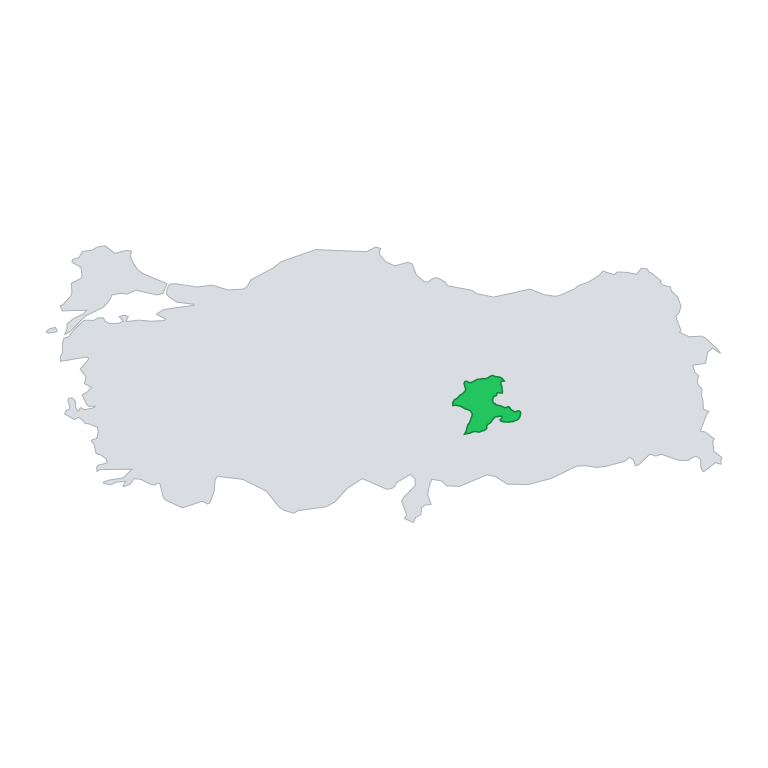 where Malatya sits in Turkey
{"feature_id": "TUR-2284", "entity_name": "Malatya", "entity_type": "Province", "adm_level": 1, "iso_a3": "TUR", "parent_name": "Turkey", "parent_adm1": "", "projection": "natural_earth1", "projection_center": [38.295, 38.485], "detail": "fine", "context": "in_parent", "style": "filled", "palette": "green", "viewbox_px": 768, "rotation_deg": 0, "n_neighbors": 0, "source": "natural_earth", "source_scale": "10m", "svg_char_len": 5503}
<svg xmlns="http://www.w3.org/2000/svg" viewBox="0 0 768 768"><path d="M602.9,271.0L613.9,274.7L617.4,272.0L627.4,272.4L636.4,274.4L641.2,268.3L647.5,269.0L648.8,272.1L651.8,273.2L661.2,281.1L660.1,282.1L662.4,285.0L670.5,286.9L671.3,290.9L677.6,296.9L681.0,306.1L679.2,312.5L675.8,316.6L681.0,330.5L679.5,332.3L689.3,336.8L701.5,336.1L705.4,338.0L717.4,349.0L720.5,353.3L712.2,348.1L707.7,352.5L705.6,363.3L692.7,365.3L694.8,372.4L698.4,375.6L697.3,382.2L698.3,384.9L702.0,389.2L701.6,395.2L703.1,401.5L703.3,409.1L708.7,411.4L706.4,415.0L700.6,430.3L701.1,431.5L705.1,431.9L714.3,439.0L712.7,441.3L713.9,451.2L721.9,457.6L720.7,460.9L721.0,464.2L715.3,462.7L703.9,471.5L702.6,471.2L701.0,468.2L700.5,459.4L697.7,457.1L694.1,456.6L687.9,460.6L682.1,460.4L676.4,459.7L661.3,454.2L655.7,456.1L649.9,454.0L638.7,464.8L635.3,465.7L633.6,460.3L629.6,457.3L624.6,461.4L605.2,466.5L596.3,467.4L585.4,465.7L576.4,466.2L551.9,478.2L528.3,484.6L507.3,484.1L495.7,476.6L486.8,474.9L459.8,486.3L446.6,485.9L442.1,481.2L432.0,479.2L429.8,483.7L427.6,494.5L431.1,504.4L425.4,505.0L421.8,507.2L420.7,514.7L415.5,517.6L413.7,522.2L412.8,522.3L404.4,518.5L406.7,514.9L401.6,501.1L404.2,496.8L415.2,485.6L415.0,479.0L410.3,474.5L396.4,482.7L395.1,485.9L392.0,488.4L386.8,489.3L362.3,478.6L347.7,488.0L335.2,501.7L325.9,506.8L298.4,510.6L293.6,513.2L284.3,510.4L278.8,506.7L266.3,491.1L242.7,479.3L217.5,476.4L215.2,479.5L214.1,491.5L209.8,502.9L207.6,504.0L202.1,501.2L182.6,507.9L166.1,500.4L163.3,497.2L160.0,484.1L157.5,483.1L154.9,485.0L152.0,484.9L140.3,479.2L133.9,478.8L129.9,484.4L123.5,486.7L123.4,485.1L126.0,481.5L116.0,482.2L110.6,484.9L103.4,483.2L103.9,481.7L109.9,479.9L123.3,477.9L132.0,469.2L100.1,469.6L97.0,471.5L96.7,467.0L98.6,464.9L107.0,463.2L106.6,459.5L101.6,455.4L96.1,453.3L93.9,443.8L91.2,441.4L91.6,440.0L96.8,438.4L98.2,431.4L97.5,427.2L87.4,423.4L85.1,423.8L82.7,420.1L78.4,417.4L74.7,419.6L64.6,414.0L66.6,409.8L69.2,409.9L69.8,406.7L68.0,401.4L68.3,398.6L70.6,397.9L73.1,398.4L75.6,401.6L75.6,407.7L78.3,411.4L80.3,407.7L85.0,409.7L93.5,407.8L95.2,406.2L89.0,406.4L86.8,404.9L82.1,394.8L87.4,391.9L91.3,387.0L84.4,383.7L86.0,376.9L80.2,369.1L88.7,359.1L88.4,357.7L85.8,357.1L60.5,361.4L60.2,356.9L62.3,353.0L62.5,343.5L63.8,338.3L68.6,336.7L74.6,329.1L84.2,320.2L93.8,320.4L97.8,317.9L103.5,317.8L105.0,321.3L110.0,323.7L118.9,323.3L123.2,321.0L119.2,316.6L124.3,315.2L128.3,316.3L126.0,321.1L127.2,321.5L138.7,320.1L150.7,321.2L163.9,320.7L165.7,319.1L156.4,314.3L162.6,310.0L166.0,309.2L193.8,305.3L194.0,304.3L177.1,302.2L168.5,296.5L166.2,293.4L168.1,286.0L170.1,284.0L176.2,283.8L197.0,287.1L212.0,285.1L228.1,290.0L243.7,289.0L247.0,286.8L251.1,279.7L273.4,267.8L281.2,261.7L315.6,249.6L366.7,251.7L375.7,247.0L380.9,248.6L379.4,251.7L379.7,254.6L385.7,261.7L394.8,265.9L407.4,262.4L412.0,263.7L416.4,275.0L424.3,281.7L427.9,282.2L432.8,278.3L437.3,277.8L444.8,281.7L447.4,285.7L471.9,290.3L476.9,293.7L493.5,297.1L530.1,289.1L543.5,294.5L554.7,296.3L559.5,295.5L574.3,289.0L578.9,285.4L588.1,282.3L599.6,275.1L602.9,271.0ZM131.6,251.2L130.5,256.2L132.5,261.7L137.3,269.4L142.4,273.3L166.9,283.7L163.1,293.4L156.8,294.9L135.7,290.2L126.9,294.2L120.7,293.2L111.9,295.0L109.3,300.8L103.0,307.5L85.6,315.9L69.3,332.4L64.8,334.5L67.0,328.9L67.0,324.0L74.0,318.2L83.8,313.8L86.5,310.2L62.3,310.9L60.2,305.8L62.7,304.8L70.9,295.8L71.9,292.2L71.4,283.3L81.2,278.2L82.1,276.1L80.9,267.3L72.0,262.3L72.4,259.8L78.9,257.4L82.8,251.3L92.2,250.2L96.8,247.2L105.0,245.7L114.8,253.3L126.9,250.4L131.6,251.2ZM56.7,331.8L48.5,333.2L46.1,331.9L48.7,329.2L55.1,327.3L57.0,330.0L56.7,331.8Z" fill="#d9dde1" stroke="#a8b0b8" stroke-width="1"/><path d="M485.2,378.8L487.5,378.1L490.0,376.3L492.8,375.4L495.6,376.7L498.9,376.9L500.5,377.5L502.1,378.4L504.3,381.0L501.8,381.1L500.8,382.3L500.9,384.2L501.5,385.3L501.9,386.6L502.1,389.3L502.1,390.3L502.5,391.6L502.4,391.9L502.4,392.5L502.4,392.9L501.9,393.1L498.0,392.7L497.1,392.9L496.7,393.5L496.9,394.1L496.7,394.9L496.3,395.6L495.8,395.9L494.9,396.0L494.2,396.4L493.7,397.0L493.3,397.7L493.1,398.1L492.9,399.0L492.3,399.9L492.4,400.2L492.7,400.4L492.8,400.9L492.9,401.6L493.2,402.5L493.7,403.3L494.3,403.7L494.7,403.4L495.1,403.5L495.7,404.3L496.2,404.8L496.6,405.0L497.1,405.2L499.1,405.4L500.1,405.7L500.2,405.8L500.8,406.3L501.1,406.3L501.3,406.2L501.5,406.2L504.4,407.6L505.4,407.7L507.6,406.9L508.7,406.7L509.6,407.4L509.3,407.7L510.2,408.3L510.5,408.6L511.3,409.9L511.4,410.1L512.3,410.3L512.9,410.6L513.9,411.6L515.2,411.8L518.0,410.8L519.5,411.0L520.1,411.6L520.6,412.6L520.7,413.6L519.5,417.7L517.9,419.5L516.0,420.4L514.5,420.8L513.1,421.5L512.1,421.7L511.1,421.7L508.5,422.2L506.0,421.9L503.5,421.9L501.4,421.3L500.8,420.9L500.3,420.6L500.0,419.7L500.7,419.2L502.1,418.0L501.9,416.5L499.9,416.1L497.7,416.7L495.3,416.7L492.7,419.6L490.4,422.9L487.7,424.4L486.7,426.2L486.7,428.5L484.5,430.4L481.5,431.1L480.3,431.7L479.0,432.2L477.5,431.9L476.0,431.5L472.7,431.9L469.6,433.2L464.5,434.2L466.0,431.5L467.8,425.0L468.7,423.7L469.2,423.1L469.9,422.1L470.1,420.8L472.0,415.7L472.3,413.9L470.5,410.9L467.8,409.6L465.3,409.0L460.8,406.3L455.6,405.2L454.9,405.3L453.6,405.6L452.9,405.5L452.6,402.9L454.6,399.5L456.7,398.6L458.5,397.0L460.3,394.9L461.1,394.6L462.6,393.6L465.1,391.0L465.7,389.3L465.5,388.3L465.1,387.4L464.5,385.4L464.1,383.3L464.9,381.6L466.5,381.2L469.5,382.7L472.4,382.1L473.7,381.2L475.0,380.7L476.3,379.9L477.6,379.2L480.4,379.2L481.6,378.7L482.8,378.5L485.2,378.8Z" fill="#22c55e" stroke="#15803d" stroke-width="1.5"/></svg>